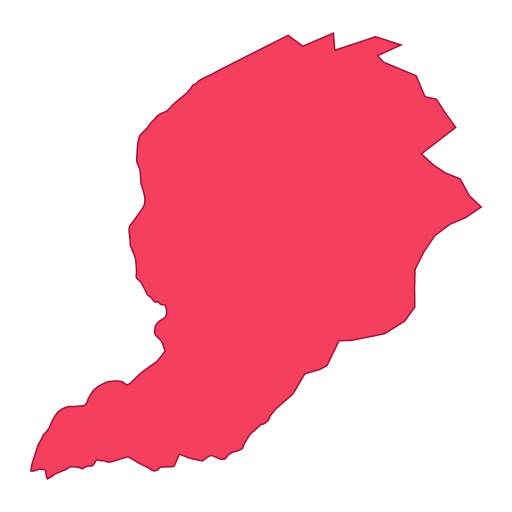 San Pablo Cuatro Venados, Oaxaca, Mexico
{"feature_id": "50627088B25746223253331", "entity_name": "San Pablo Cuatro Venados", "entity_type": "district", "adm_level": 2, "iso_a3": "MEX", "parent_name": "Mexico", "parent_adm1": "Oaxaca", "projection": "natural_earth1", "projection_center": [-96.914, 16.979], "detail": "fine", "context": "isolated", "style": "filled", "palette": "rose", "viewbox_px": 512, "rotation_deg": 0, "n_neighbors": 0, "source": "geoboundaries", "source_scale": "gbopen_adm2", "svg_char_len": 3007}
<svg xmlns="http://www.w3.org/2000/svg" viewBox="0 0 512 512"><path d="M140.2,135.1L139.5,136.5L139.0,137.9L138.7,138.9L138.3,140.5L137.9,142.8L137.6,144.5L137.5,147.1L137.2,149.3L136.9,155.6L136.6,159.9L137.0,162.5L138.7,166.8L140.1,170.2L141.0,183.7L143.6,191.9L144.9,197.6L144.8,203.1L143.7,206.3L142.0,209.1L140.0,211.9L135.4,218.5L132.4,222.5L130.1,225.3L129.1,227.8L129.1,231.7L130.1,239.9L130.2,245.5L133.4,252.9L135.5,258.7L136.1,264.3L136.4,268.4L136.5,273.0L136.1,276.7L137.1,278.7L138.8,280.2L141.4,282.9L144.8,289.5L145.8,291.5L147.0,294.2L148.5,295.8L150.6,297.1L153.1,300.2L154.7,302.0L156.7,302.0L158.6,301.8L159.8,303.8L162.2,304.9L165.2,304.9L166.4,309.3L166.7,313.2L165.8,316.7L163.0,318.9L159.6,321.0L156.8,323.7L155.3,326.3L154.7,329.8L154.5,332.9L155.8,335.4L158.1,337.8L160.9,340.6L162.8,344.0L163.4,346.5L164.5,349.2L165.3,350.9L164.7,351.5L162.3,354.8L159.7,358.1L156.5,361.8L149.3,366.8L142.6,371.7L137.2,376.5L133.6,380.0L130.3,383.2L127.1,385.1L122.0,381.6L117.3,380.9L114.3,381.0L111.8,381.3L108.4,381.6L104.7,383.0L101.3,384.7L97.9,386.6L93.9,389.8L91.4,393.2L89.8,396.2L88.0,399.3L87.0,402.5L84.6,405.5L81.4,405.9L73.4,406.6L69.4,406.4L65.2,407.6L62.5,408.7L58.1,411.7L54.9,416.0L52.0,421.3L50.3,425.2L49.0,428.0L46.7,431.4L43.2,435.2L41.9,438.5L40.0,441.5L38.2,444.7L32.3,462.8L30.7,471.0L33.1,471.1L36.1,470.3L38.1,469.7L39.5,469.1L43.6,469.6L45.7,470.5L45.9,473.4L46.5,476.9L47.4,478.9L48.6,478.3L50.4,477.2L52.6,476.0L54.5,474.2L65.6,469.6L66.7,469.1L68.5,468.0L70.5,466.7L72.6,466.8L74.4,466.9L77.3,467.0L79.8,467.9L82.4,468.8L83.7,468.0L85.8,466.8L87.3,466.3L89.4,466.0L91.0,466.2L93.4,464.9L94.9,462.5L96.5,459.8L101.8,460.8L104.0,460.7L107.9,462.1L109.8,462.1L114.1,461.2L114.9,460.7L124.5,457.8L128.0,456.8L133.2,459.6L138.3,462.9L148.5,467.9L151.6,470.1L154.3,471.0L157.5,470.1L160.5,467.1L173.0,466.7L174.3,465.9L179.4,454.2L189.7,458.1L194.7,459.4L202.5,460.9L208.1,456.7L211.7,455.4L220.5,459.2L222.9,459.3L223.9,459.1L224.8,459.0L226.8,457.0L228.1,454.9L229.7,454.1L232.4,452.3L233.5,451.9L236.3,451.4L241.8,449.0L242.7,448.2L244.1,444.2L247.4,438.4L250.4,434.0L251.4,432.9L253.4,431.5L256.6,428.5L260.9,424.5L263.6,424.0L265.0,423.1L265.5,422.8L268.3,420.4L270.3,415.7L275.7,409.0L293.0,393.9L304.8,373.8L319.6,369.5L327.0,365.6L339.0,340.8L351.4,340.4L384.6,333.7L404.7,321.1L414.8,307.0L414.6,289.3L415.0,269.6L423.9,251.8L435.0,235.5L450.1,224.2L465.4,217.7L471.0,213.9L481.3,207.0L475.4,201.5L469.3,195.7L460.2,178.9L445.5,173.0L433.7,165.2L421.4,153.9L455.7,127.4L443.8,110.7L436.4,99.2L425.0,96.7L416.2,75.8L383.6,62.2L377.6,55.7L393.5,48.4L401.1,45.0L375.5,36.7L334.8,50.3L333.4,33.1L302.8,46.2L288.1,35.3L218.3,70.6L209.7,75.4L207.2,76.2L205.1,77.4L202.6,78.6L199.1,80.6L196.4,83.3L192.7,85.3L190.5,88.7L188.5,90.8L187.0,92.9L174.9,102.8L172.6,105.0L169.9,108.1L166.3,111.4L161.1,113.5L158.7,114.8L156.2,117.0L154.3,119.6L151.3,122.2L148.7,125.9L147.2,128.0L145.8,129.4L143.1,132.0L140.2,135.1Z" fill="#f43f5e" stroke="#9f1239" stroke-width="1.5"/></svg>